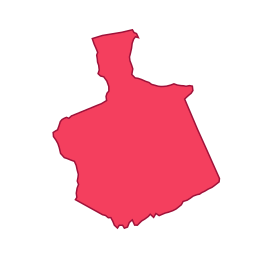 Ibiara, Paraíba, Brazil (Equal Earth projection), rotated 164°
{"feature_id": "56859067B91211344520608", "entity_name": "Ibiara", "entity_type": "district", "adm_level": 2, "iso_a3": "BRA", "parent_name": "Brazil", "parent_adm1": "Paraíba", "projection": "equal_earth", "projection_center": [-38.401, -7.507], "detail": "fine", "context": "isolated", "style": "filled", "palette": "rose", "viewbox_px": 256, "rotation_deg": 164, "n_neighbors": 0, "source": "geoboundaries", "source_scale": "gbopen_adm2", "svg_char_len": 1705}
<svg xmlns="http://www.w3.org/2000/svg" viewBox="0 0 256 256"><g transform="rotate(164 128 128)"><path d="M96.7,221.2L107.5,221.7L127.1,224.0L137.7,223.8L137.4,217.9L136.8,213.6L136.3,209.0L138.0,206.7L138.5,202.8L139.1,199.7L138.9,196.3L139.7,191.6L141.8,188.5L140.1,185.6L137.2,183.9L135.4,179.0L135.0,173.2L136.2,168.8L138.6,167.2L140.4,164.4L141.0,160.3L146.8,158.7L151.1,158.3L179.0,155.2L182.2,153.6L184.2,155.2L186.7,154.9L189.1,154.3L191.3,152.8L193.6,149.3L196.2,145.7L198.6,145.1L201.2,144.3L202.0,140.3L200.6,136.3L199.7,132.5L199.5,128.2L199.8,122.1L197.4,117.1L194.9,115.4L191.6,112.8L188.7,110.7L188.1,106.2L188.4,102.0L188.5,97.2L189.6,94.5L191.4,91.0L191.1,87.4L193.5,84.2L195.7,79.6L196.3,75.4L198.3,73.6L176.4,51.7L173.7,50.1L171.7,47.2L169.2,46.6L168.3,42.4L167.9,38.3L165.7,34.7L163.2,36.9L160.0,36.0L159.1,32.7L155.8,32.9L152.8,36.8L149.2,38.5L148.4,32.8L145.7,32.0L143.1,33.5L140.5,34.9L136.8,35.9L132.8,37.4L130.4,39.0L128.0,35.0L124.7,38.1L122.2,35.2L118.3,35.7L115.5,36.0L112.4,35.9L107.7,36.2L104.1,36.9L101.2,38.1L97.9,39.5L95.3,42.2L91.0,42.3L87.6,43.3L84.1,44.6L79.9,44.9L77.4,44.7L74.8,45.6L71.7,46.1L67.6,47.2L63.7,47.8L60.9,48.8L58.2,49.9L55.3,51.1L54.0,54.2L58.5,86.3L61.6,107.6L65.6,140.2L63.0,141.6L60.3,142.9L57.7,144.0L55.3,146.1L54.6,150.5L57.2,151.8L60.7,152.1L63.0,153.3L65.3,154.1L68.6,155.6L71.7,157.8L75.2,157.5L79.4,157.6L82.5,158.2L84.9,158.8L87.6,159.9L90.6,161.8L93.3,163.4L95.3,166.0L98.2,168.0L101.8,171.0L104.7,173.0L107.4,174.2L109.6,178.4L107.1,183.5L107.2,187.5L107.6,192.2L107.0,195.9L105.1,199.1L102.6,203.7L100.7,208.2L98.1,211.9L95.7,213.6L93.1,212.0L93.8,216.4L95.9,218.1L96.7,221.2Z" fill="#f43f5e" stroke="#9f1239" stroke-width="1.5"/></g></svg>